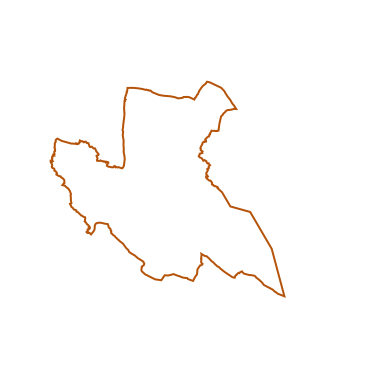 Modum nor, Buskerud, Norway (Robinson projection), rotated 40°
{"feature_id": "86288312B5778191287767", "entity_name": "Modum nor", "entity_type": "district", "adm_level": 2, "iso_a3": "NOR", "parent_name": "Norway", "parent_adm1": "Buskerud", "projection": "robinson", "projection_center": [9.903, 60.01], "detail": "fine", "context": "isolated", "style": "outline", "palette": "amber", "viewbox_px": 384, "rotation_deg": 40, "n_neighbors": 0, "source": "geoboundaries", "source_scale": "gbopen_adm2", "svg_char_len": 5976}
<svg xmlns="http://www.w3.org/2000/svg" viewBox="0 0 384 384"><g transform="rotate(40 192 192)"><path d="M64.5,259.9L66.7,260.7L67.7,261.3L67.8,261.6L68.3,262.2L68.3,262.7L68.9,263.2L69.7,263.3L71.3,262.7L72.1,263.0L72.8,264.1L74.5,263.8L76.4,264.3L76.7,264.8L76.6,265.6L76.9,265.8L80.1,265.3L80.4,264.9L81.5,264.5L82.1,264.9L84.4,264.6L86.1,264.8L87.8,266.2L88.0,266.9L88.6,267.4L88.2,268.2L88.3,270.0L90.9,268.8L92.2,269.1L95.0,268.9L97.7,269.7L100.8,271.5L101.0,272.4L101.6,273.1L102.9,274.2L103.6,275.2L104.4,275.9L104.5,276.2L106.8,278.0L106.7,278.7L106.1,279.5L106.7,279.9L108.1,280.2L109.0,280.9L110.9,280.8L112.7,281.3L115.1,280.4L116.1,281.3L117.5,280.8L122.2,281.2L123.5,280.8L124.7,280.8L126.3,280.1L127.1,280.7L128.4,282.8L129.0,283.1L128.9,283.5L130.9,283.7L132.0,284.1L134.4,284.1L134.9,284.3L135.2,285.0L135.9,284.5L136.2,284.7L136.3,285.2L136.9,285.2L137.1,285.5L137.0,286.2L136.5,286.7L136.4,287.1L136.7,287.3L136.2,287.9L137.3,289.0L137.0,289.8L137.5,289.8L137.5,290.6L138.3,290.5L139.1,289.9L139.2,289.5L139.8,289.2L141.9,289.4L141.9,285.7L141.4,283.3L139.1,280.1L138.7,278.7L138.9,277.3L139.6,276.2L141.5,274.4L146.3,271.9L148.0,270.7L150.0,271.8L151.0,272.7L152.3,272.6L153.2,272.7L154.0,273.5L154.8,273.5L155.2,273.7L155.2,274.2L156.3,275.0L156.6,275.5L157.8,275.4L159.4,275.7L160.9,275.4L162.8,275.8L168.8,276.1L172.2,275.9L177.9,277.3L180.5,277.4L182.3,278.3L185.2,278.1L189.0,277.4L192.8,277.5L198.6,276.7L199.9,276.8L200.5,277.2L201.2,277.3L201.6,277.8L202.1,279.1L201.5,281.5L202.2,282.1L202.2,282.5L203.4,284.4L204.5,285.0L209.0,285.2L219.9,282.6L225.2,279.3L224.6,273.4L227.4,271.3L230.8,266.6L233.1,266.0L236.8,264.5L239.9,263.5L243.8,261.0L244.9,261.3L250.0,259.4L249.0,255.4L248.8,252.3L248.5,251.4L245.9,247.8L245.4,243.0L246.4,241.8L246.4,240.8L246.3,240.3L244.7,240.2L244.2,240.0L242.7,238.0L241.8,237.2L242.0,237.0L240.5,235.3L240.1,234.3L239.0,233.4L242.8,232.8L244.5,231.8L248.6,232.0L251.3,232.4L253.5,232.2L256.6,232.6L257.2,232.5L259.1,232.7L260.8,232.2L262.9,232.4L268.1,232.3L277.5,231.3L279.5,230.5L279.8,230.1L279.1,228.6L279.1,227.3L279.4,227.0L279.3,225.3L279.5,224.5L280.0,224.1L280.1,223.6L280.5,223.5L280.4,222.6L281.3,220.7L282.3,221.0L284.4,221.1L289.0,218.9L292.0,216.9L293.8,216.0L294.8,215.9L296.0,216.3L300.0,216.1L303.8,216.3L306.9,217.0L316.6,214.9L319.2,215.1L321.1,214.8L323.0,214.8L329.8,212.5L289.6,184.3L249.4,169.9L230.7,178.4L215.2,172.9L208.9,172.6L208.8,172.4L209.1,172.3L209.1,172.0L208.5,171.8L206.1,172.5L205.5,173.0L204.8,173.2L204.0,172.9L202.5,173.4L201.8,172.8L201.6,172.1L199.1,171.4L198.6,171.5L198.3,171.9L197.6,172.2L194.0,172.1L193.1,171.3L193.8,171.0L193.8,170.5L194.1,170.3L194.2,170.0L193.4,169.9L193.1,169.4L191.8,169.4L190.7,168.3L190.6,166.7L190.0,165.0L189.3,164.9L189.2,164.7L189.5,164.5L189.0,164.2L189.4,163.6L189.1,162.7L189.3,162.5L188.5,161.9L188.5,161.1L188.6,159.9L187.5,159.9L186.3,159.3L186.0,159.5L185.9,160.0L184.4,160.0L183.3,159.2L181.1,159.5L180.8,160.6L180.3,160.8L179.8,160.4L177.6,159.9L175.6,160.5L174.1,160.2L174.0,159.0L173.3,157.7L174.0,156.9L174.2,156.0L174.8,155.5L173.7,154.6L173.8,154.2L171.8,154.4L171.1,153.2L170.3,153.1L169.8,151.9L169.0,148.2L168.6,147.9L168.5,146.7L168.6,146.3L169.2,145.9L169.1,145.3L170.3,144.5L169.8,143.7L169.2,143.7L168.3,143.1L168.5,142.6L168.4,141.5L168.6,139.9L168.7,139.3L169.2,138.8L169.2,138.1L168.8,137.5L168.8,137.1L168.4,136.8L168.7,136.2L168.3,135.9L167.9,134.2L168.0,133.8L167.5,132.5L168.8,131.7L169.5,131.0L171.0,130.1L171.0,129.9L172.2,129.0L172.4,128.2L172.8,127.9L169.0,121.9L165.7,115.4L165.9,113.0L165.6,112.0L166.0,109.9L165.9,108.1L166.6,106.4L169.1,103.8L170.8,101.3L172.5,100.0L168.4,98.7L165.9,98.3L162.0,96.8L157.9,96.0L153.5,94.6L152.4,94.0L147.4,93.4L135.1,96.6L132.6,97.9L132.9,100.4L132.2,103.2L132.1,105.4L132.5,109.2L132.4,109.5L133.7,113.5L133.4,114.3L133.9,116.3L134.0,117.6L133.8,117.9L134.0,118.3L134.3,119.7L129.0,121.1L126.9,122.4L126.5,123.1L124.9,124.2L124.3,125.0L124.4,125.6L123.9,126.3L121.2,129.2L118.1,130.3L114.2,132.4L108.4,136.5L104.5,138.8L97.4,141.1L96.1,140.9L94.9,141.1L94.5,141.2L94.2,141.8L92.7,142.1L92.4,142.7L90.9,143.1L90.5,143.8L88.1,144.8L83.6,147.5L80.2,149.9L75.7,153.7L77.4,156.3L77.8,157.0L77.6,157.4L78.3,158.1L78.9,159.8L79.3,160.7L79.4,161.3L79.8,161.9L80.4,163.5L81.2,164.3L81.8,164.0L82.0,164.9L82.2,165.2L81.8,165.7L85.2,170.1L85.8,171.2L88.1,173.5L88.7,174.4L89.2,174.6L90.3,175.9L93.2,180.1L93.9,181.4L94.8,182.5L95.5,184.0L96.0,184.4L97.2,186.3L97.7,186.8L98.9,189.1L100.5,190.1L102.5,193.1L106.6,196.6L109.0,199.7L113.0,203.9L113.0,204.2L113.7,205.0L114.9,206.2L115.7,206.6L119.3,210.0L122.8,215.4L123.4,217.4L123.3,218.7L122.2,219.3L119.7,220.2L119.2,221.1L117.8,221.6L117.6,222.1L116.2,221.7L116.0,222.2L115.8,222.3L116.0,223.3L115.6,223.5L115.4,224.1L114.6,224.7L112.8,225.5L112.6,225.8L111.5,226.4L109.9,226.6L109.3,225.6L109.4,224.9L109.1,224.2L109.2,223.4L108.8,223.1L108.5,223.1L107.1,223.8L107.4,224.1L106.9,225.0L105.5,224.8L104.1,225.6L104.2,225.8L101.5,226.7L101.4,227.4L99.4,229.1L98.6,228.6L97.9,226.8L95.6,225.7L95.7,225.2L96.5,223.9L96.4,223.3L96.0,223.0L92.6,222.4L89.8,221.0L89.5,221.0L88.6,221.9L86.1,221.7L85.8,221.9L85.5,222.7L84.8,223.1L84.1,223.0L83.0,222.1L81.7,221.6L81.4,221.2L80.6,221.4L79.9,222.1L78.3,221.7L77.3,222.7L77.4,222.8L77.2,223.5L75.4,223.6L74.8,224.1L73.0,224.6L73.5,225.7L73.9,225.9L73.7,226.2L74.2,227.0L74.1,227.8L73.5,228.2L73.7,228.7L73.0,229.3L72.6,228.9L72.0,229.2L71.6,229.5L71.7,230.0L68.2,232.6L59.1,236.7L54.6,237.6L54.3,238.5L54.3,239.3L54.2,239.7L54.5,240.3L55.3,241.0L55.2,241.3L55.8,243.2L56.5,243.8L57.0,244.8L57.9,245.6L58.1,246.4L59.1,246.9L60.0,247.6L60.4,248.6L60.7,248.8L60.5,249.2L60.7,249.9L62.4,251.5L61.7,252.3L62.1,252.7L62.4,252.5L62.9,252.7L62.5,253.0L62.8,253.1L62.7,253.5L62.1,254.6L62.8,255.4L62.7,255.7L62.8,255.9L63.4,256.0L63.7,256.5L63.8,257.2L65.3,257.8L64.6,258.4L65.2,258.9L64.7,259.3L64.3,259.2L64.1,258.8L63.7,259.0L64.5,259.9Z" fill="none" stroke="#b45309" stroke-width="2"/></g></svg>